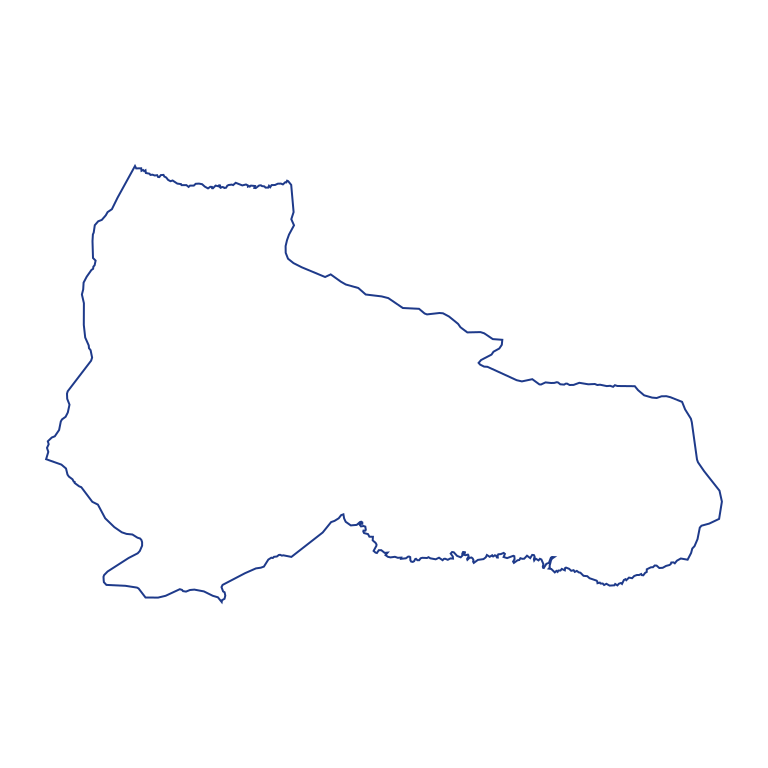 Befale, Équateur, Democratic Republic of the Congo (orthographic projection)
{"feature_id": "63176286B4133354906354", "entity_name": "Befale", "entity_type": "district", "adm_level": 2, "iso_a3": "COD", "parent_name": "Democratic Republic of the Congo", "parent_adm1": "Équateur", "projection": "orthographic", "projection_center": [21.248, 0.596], "detail": "fine", "context": "isolated", "style": "outline", "palette": "blue", "viewbox_px": 768, "rotation_deg": 0, "n_neighbors": 0, "source": "geoboundaries", "source_scale": "gbopen_adm2", "svg_char_len": 6075}
<svg xmlns="http://www.w3.org/2000/svg" viewBox="0 0 768 768"><path d="M46.1,459.2L61.4,464.6L66.0,468.5L67.5,474.6L68.9,476.6L72.5,479.3L73.7,481.6L74.7,482.0L74.7,483.0L79.1,486.3L81.3,487.2L92.3,501.8L97.9,504.6L105.2,518.3L114.3,527.1L121.8,532.3L126.5,533.9L132.4,534.5L137.5,537.7L140.1,538.5L141.4,540.0L142.1,542.2L142.1,545.7L139.8,551.0L137.7,553.3L128.6,558.0L107.6,571.5L104.1,575.1L103.5,576.8L103.7,580.5L103.9,582.2L106.4,584.9L125.4,585.8L137.0,587.6L138.6,588.5L145.5,597.5L158.1,597.6L165.6,595.8L179.8,589.2L182.0,589.9L183.0,591.1L186.0,591.6L190.0,590.0L194.3,589.6L203.9,591.4L212.8,595.8L217.9,597.3L221.7,602.0L222.0,600.2L224.5,598.8L225.3,595.6L224.6,592.3L223.1,591.4L221.5,587.1L222.6,584.9L245.0,573.2L255.9,568.4L260.8,567.7L263.9,566.6L268.3,559.6L271.3,557.7L272.8,558.0L274.0,556.8L276.9,556.5L278.8,555.0L280.1,554.8L281.9,555.6L283.3,555.3L291.4,556.9L322.7,532.5L331.1,522.1L334.5,520.9L338.7,518.3L341.2,515.1L343.4,514.3L344.1,518.4L345.7,521.8L350.8,525.4L356.7,524.9L359.9,522.1L361.2,521.7L362.3,522.4L362.3,523.8L359.9,523.8L359.5,524.5L361.0,526.4L363.5,526.0L365.3,526.6L365.8,529.7L365.4,530.6L363.5,530.6L363.3,531.6L364.1,533.1L368.0,534.1L369.4,536.7L372.9,536.8L372.7,540.4L375.6,542.9L376.5,544.5L376.4,545.8L373.6,550.9L375.5,552.6L376.9,553.0L378.8,550.2L381.3,550.2L384.7,552.9L387.6,552.6L385.5,555.1L387.9,556.8L390.5,557.4L394.9,556.8L397.8,557.8L401.3,557.6L401.0,558.8L405.9,558.3L408.2,556.6L409.3,556.6L410.2,557.1L410.4,560.3L411.2,561.6L412.8,561.9L414.1,561.2L415.2,559.1L416.0,558.8L417.4,560.2L419.2,560.2L420.6,558.3L422.3,557.8L427.0,558.0L428.5,557.2L430.3,558.3L435.7,559.3L439.0,557.7L442.6,560.2L443.9,558.9L445.0,558.7L447.8,559.8L450.4,558.4L453.0,558.6L452.8,556.5L450.7,553.6L452.1,552.0L453.8,552.3L457.1,555.9L460.7,557.3L462.3,555.7L462.3,553.6L463.1,552.0L464.9,552.2L465.0,552.8L463.8,553.8L464.0,554.8L465.6,555.2L467.9,554.6L468.3,555.1L468.6,556.4L467.1,559.0L467.4,559.8L469.4,557.9L471.5,557.5L472.7,558.5L473.5,560.2L473.1,561.7L473.8,562.9L477.9,559.9L483.5,559.1L485.8,557.3L486.9,555.0L489.7,556.8L492.1,555.3L492.6,556.3L493.4,556.4L494.7,555.3L495.8,555.5L497.0,557.5L497.8,557.5L497.6,555.7L498.3,554.3L500.8,554.1L503.7,552.9L504.9,553.9L503.6,557.0L507.1,558.1L513.3,555.8L514.3,556.2L514.6,559.1L513.1,561.6L513.9,562.9L517.5,560.3L519.3,560.0L520.4,558.2L522.2,558.8L524.2,558.7L527.0,555.7L530.2,558.1L532.2,554.9L533.9,555.1L534.6,556.5L533.9,559.3L534.2,560.5L535.6,558.6L538.5,560.4L539.9,558.8L541.4,559.5L543.4,564.1L542.8,566.7L543.1,567.8L543.8,568.0L546.4,563.8L548.9,562.9L550.9,557.7L552.0,557.0L554.2,557.1L552.0,558.6L551.0,560.3L549.6,565.9L549.8,567.4L548.8,568.6L551.3,569.0L554.8,572.4L556.4,570.9L557.6,571.9L558.4,570.5L560.5,570.5L561.8,568.9L564.8,570.3L565.1,568.1L566.0,567.6L569.1,568.8L571.2,570.8L573.6,570.2L574.8,571.9L576.8,570.9L578.8,572.4L580.4,572.7L583.5,575.8L587.3,576.2L589.5,578.2L596.5,580.6L597.2,581.3L597.5,583.2L599.8,582.6L600.5,583.5L602.7,583.5L604.1,585.0L606.4,583.8L609.6,585.6L614.4,585.3L615.2,584.0L617.4,585.4L618.9,583.7L621.0,583.0L622.0,583.9L623.9,580.0L625.5,579.2L626.3,580.2L629.0,577.6L632.1,578.2L634.2,576.0L636.9,575.0L639.1,575.0L641.2,574.0L641.8,575.1L643.3,575.3L645.2,572.8L646.7,572.0L646.8,569.3L650.9,567.3L653.0,567.2L654.7,565.5L656.6,565.6L659.3,568.0L662.7,567.8L666.1,565.9L669.5,565.0L670.7,564.1L671.3,562.5L673.5,562.4L674.8,563.3L676.9,560.7L680.8,558.5L687.6,559.7L691.1,553.0L692.3,548.5L694.5,546.2L697.5,539.2L699.8,527.6L701.5,525.7L709.2,523.6L719.1,518.9L721.9,501.6L719.5,490.7L704.2,471.3L698.0,462.3L697.0,459.5L691.8,422.2L690.9,418.7L685.1,409.4L682.1,401.9L670.4,397.2L666.4,396.2L661.5,396.3L656.7,398.0L652.1,397.6L644.1,395.3L638.0,390.1L634.8,386.2L617.4,386.0L614.9,385.2L613.1,386.8L610.1,385.8L606.8,386.1L600.0,384.7L597.3,385.0L594.8,384.0L588.3,384.3L579.3,382.8L573.6,384.9L569.6,385.0L567.0,383.6L565.6,383.7L564.2,384.6L560.3,384.3L558.1,382.5L556.8,382.2L554.3,382.9L551.1,383.0L545.5,382.4L541.0,384.5L539.4,384.4L532.3,379.2L521.9,381.4L516.7,380.2L487.4,366.8L484.1,366.6L480.1,364.6L478.6,362.9L481.1,360.0L491.5,354.6L493.5,351.7L499.3,348.5L501.8,344.8L502.3,339.8L492.8,339.1L484.2,333.3L480.5,332.1L467.3,332.4L460.5,327.3L458.1,323.9L449.0,316.5L443.0,313.3L439.5,313.0L427.0,314.4L424.6,313.5L419.0,308.8L402.8,308.0L388.3,298.1L381.6,296.4L365.7,294.5L358.3,288.0L345.8,284.5L340.9,281.7L330.7,274.4L325.1,277.0L301.8,267.3L293.5,263.1L288.0,258.7L285.7,252.8L285.6,246.1L287.0,240.2L289.0,234.6L294.0,225.3L291.3,219.2L293.6,212.1L291.2,184.9L288.2,181.2L287.1,180.7L286.3,182.4L285.3,182.2L282.9,184.4L280.9,183.6L277.8,183.7L275.0,185.0L271.6,185.1L270.2,187.2L269.0,185.8L268.2,187.6L265.5,187.6L264.4,186.4L262.0,186.1L260.9,185.3L259.1,185.5L255.7,188.1L254.3,187.9L255.0,186.0L250.9,185.6L249.8,186.6L249.2,186.1L247.9,186.6L247.8,185.4L246.0,184.5L242.3,185.4L235.7,182.8L233.1,185.1L231.8,184.6L228.7,185.0L227.3,185.7L226.1,187.7L224.3,188.0L223.7,187.3L222.3,187.0L220.6,187.8L219.5,186.7L220.2,186.1L220.0,185.4L219.1,185.3L218.5,186.3L215.6,185.6L212.9,188.3L212.1,188.2L211.9,186.9L210.3,186.8L208.0,188.4L204.8,186.6L202.1,184.2L199.0,183.6L195.7,183.8L193.8,185.6L190.0,185.6L188.6,186.9L186.4,185.1L181.5,185.1L181.0,184.1L177.3,183.6L172.6,180.5L170.5,181.2L168.1,179.9L166.2,177.5L164.3,176.5L163.5,174.9L160.8,175.1L159.3,177.1L158.1,177.0L157.2,175.2L154.7,175.5L152.5,174.7L150.4,174.9L149.5,173.7L145.9,173.0L145.5,170.3L144.2,171.2L143.1,170.0L141.5,170.8L141.2,168.3L136.2,168.4L135.0,166.0L117.6,197.6L111.9,209.2L107.6,212.1L105.8,215.3L101.8,219.9L98.2,221.3L94.8,225.2L93.7,232.6L92.9,234.4L92.5,241.1L93.0,258.0L95.6,260.6L94.6,265.3L93.4,266.6L93.1,268.8L91.4,270.0L86.7,276.7L83.6,282.6L83.2,289.4L81.9,294.5L83.9,303.2L83.8,324.9L85.2,337.5L88.7,345.4L89.0,348.2L90.6,350.2L92.1,357.6L91.1,360.7L67.7,391.3L67.0,393.7L67.2,398.8L69.5,404.7L67.8,412.5L65.6,416.8L62.0,419.4L60.8,421.5L59.1,430.0L54.8,436.3L51.8,437.5L47.8,441.3L48.7,444.2L47.0,447.9L48.3,451.9L46.1,459.2Z" fill="none" stroke="#1e3a8a" stroke-width="2"/></svg>